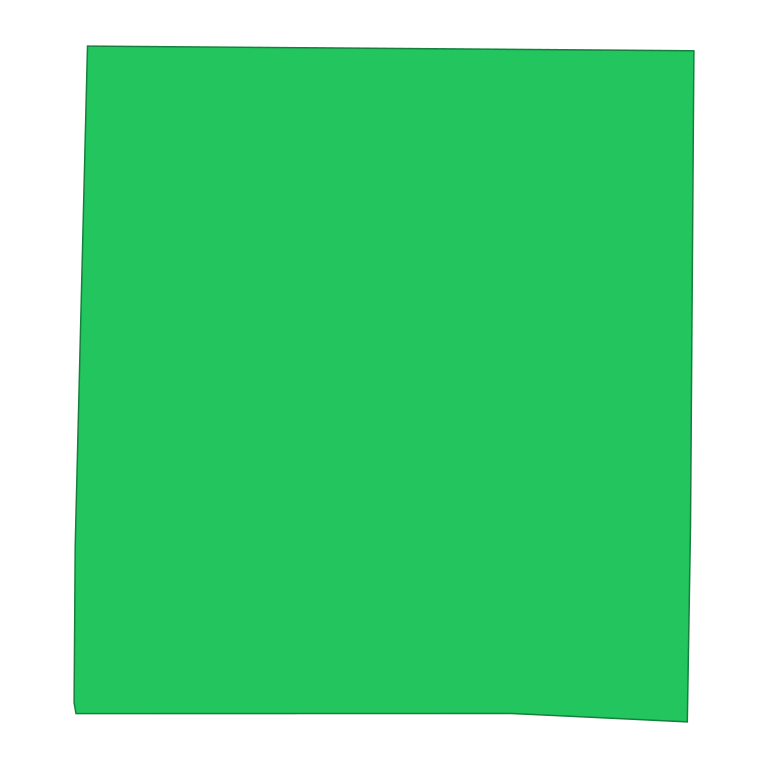 Gentry, Missouri, United States of America
{"feature_id": "52423323B22410363869477", "entity_name": "Gentry", "entity_type": "district", "adm_level": 2, "iso_a3": "USA", "parent_name": "United States of America", "parent_adm1": "Missouri", "projection": "robinson", "projection_center": [-94.401, 40.211], "detail": "fine", "context": "isolated", "style": "filled", "palette": "green", "viewbox_px": 768, "rotation_deg": 0, "n_neighbors": 0, "source": "geoboundaries", "source_scale": "gbopen_adm2", "svg_char_len": 234}
<svg xmlns="http://www.w3.org/2000/svg" viewBox="0 0 768 768"><path d="M690.5,526.5L693.9,50.8L87.5,46.1L75.2,546.7L74.1,702.7L76.0,713.6L511.5,713.5L687.3,721.9L690.5,526.5Z" fill="#22c55e" stroke="#15803d" stroke-width="1.5"/></svg>